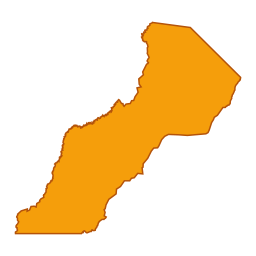 Feijó, Acre, Brazil
{"feature_id": "56859067B34777651635639", "entity_name": "Feijó", "entity_type": "district", "adm_level": 2, "iso_a3": "BRA", "parent_name": "Brazil", "parent_adm1": "Acre", "projection": "natural_earth1", "projection_center": [-71.035, -8.896], "detail": "fine", "context": "isolated", "style": "filled", "palette": "amber", "viewbox_px": 256, "rotation_deg": 0, "n_neighbors": 0, "source": "geoboundaries", "source_scale": "gbopen_adm2", "svg_char_len": 5742}
<svg xmlns="http://www.w3.org/2000/svg" viewBox="0 0 256 256"><path d="M240.6,77.4L190.3,27.5L152.7,22.5L152.4,22.4L152.0,23.0L150.0,23.8L149.8,24.0L149.9,25.2L149.5,25.6L148.0,26.3L147.3,27.1L147.9,28.2L147.1,28.5L146.8,30.1L145.2,30.0L144.8,30.3L145.4,32.1L143.8,32.1L143.7,32.5L144.0,33.3L143.8,33.8L142.8,34.3L142.6,34.6L142.3,34.5L142.2,33.8L142.0,33.6L141.7,33.8L141.8,34.4L142.9,35.4L142.3,35.6L142.1,35.9L142.7,36.4L142.7,36.9L141.6,37.2L142.3,38.6L142.8,39.0L142.7,39.4L142.8,39.8L142.6,40.0L143.1,40.8L143.4,40.7L144.0,41.5L144.4,41.5L144.9,41.9L146.0,41.5L146.6,41.9L146.5,43.0L147.5,44.5L147.7,45.7L148.0,46.5L147.9,46.9L147.3,47.7L147.5,52.1L147.2,53.3L149.1,57.3L148.9,57.9L148.2,58.7L147.1,60.9L147.5,61.8L148.4,62.5L148.3,62.8L147.9,63.6L147.3,63.7L146.5,64.4L142.7,72.0L143.4,74.8L138.8,78.9L139.2,84.2L141.1,86.9L137.0,87.9L138.1,92.3L135.0,96.8L133.7,100.5L131.6,100.7L130.3,103.5L126.0,104.1L124.1,106.3L123.3,105.3L122.9,103.6L121.5,103.5L119.5,100.2L118.7,99.6L118.2,100.1L117.9,100.9L117.7,100.8L117.1,101.3L117.0,101.7L117.2,102.1L116.5,102.0L115.5,103.1L115.8,103.8L115.6,104.4L115.4,104.6L115.3,103.8L115.0,103.9L115.0,104.2L114.8,104.1L114.3,104.4L114.1,104.8L114.4,105.8L114.3,106.2L113.3,106.6L113.3,107.1L112.9,107.2L112.8,107.7L112.5,107.7L112.2,108.3L111.9,108.4L111.5,107.7L111.3,107.8L111.8,108.7L111.6,109.4L112.0,110.3L111.9,110.7L111.2,110.6L111.0,110.9L111.4,111.3L111.3,111.7L110.7,111.0L110.3,110.9L109.9,112.2L109.4,111.8L109.1,111.9L108.9,112.2L109.0,112.5L107.8,113.0L107.6,113.3L107.7,113.8L108.0,114.1L107.9,114.5L107.7,114.7L107.2,114.3L106.3,114.6L106.1,114.3L105.8,114.4L105.8,114.8L106.3,115.2L106.3,115.6L106.0,115.9L106.0,116.2L105.8,115.6L105.1,115.1L104.6,115.3L104.1,116.5L103.9,116.3L104.0,115.5L103.6,115.4L103.0,116.1L102.6,116.1L102.4,115.5L101.7,116.8L101.9,117.1L101.2,116.7L100.3,117.2L100.3,118.1L99.9,118.0L99.2,118.6L98.3,117.7L98.0,117.7L97.3,118.8L97.3,120.0L97.0,119.9L96.6,119.3L96.3,119.4L95.9,119.9L95.5,119.9L94.4,120.6L94.5,121.0L94.1,120.8L93.8,122.6L93.1,122.0L92.8,122.6L93.0,123.3L92.6,124.0L92.3,124.0L91.7,123.2L91.4,123.2L91.2,123.6L90.9,123.4L90.6,123.6L90.4,123.5L90.7,122.6L90.3,122.8L89.8,123.6L89.3,122.8L88.6,123.1L88.6,122.7L88.3,122.8L88.3,123.5L88.0,123.3L87.9,123.5L87.7,124.2L87.0,124.9L86.6,124.0L86.4,125.0L86.2,125.1L85.9,125.2L85.9,124.8L85.1,125.1L85.4,125.6L84.7,125.7L84.7,125.3L84.2,125.2L84.3,125.5L83.9,126.2L83.6,126.3L83.3,126.0L83.0,126.6L82.6,126.6L82.6,127.2L82.3,127.5L81.1,127.9L81.2,126.9L80.7,126.9L80.4,127.3L80.0,126.2L79.2,126.1L78.7,126.5L78.2,126.3L78.0,126.8L77.7,126.9L77.1,125.9L77.0,126.2L76.0,125.4L75.7,125.8L75.4,125.6L75.1,125.9L74.9,125.2L73.9,125.4L73.7,126.1L73.3,126.1L73.0,126.6L72.7,126.7L72.6,127.7L72.4,127.8L71.8,127.4L71.7,127.7L71.3,128.1L71.4,128.5L71.2,128.7L70.8,128.5L70.6,128.9L70.0,128.8L69.8,129.2L69.0,129.2L69.0,129.7L68.4,130.7L68.5,131.0L68.2,131.9L67.7,131.6L67.4,131.7L67.4,132.4L66.2,132.7L65.2,134.3L65.3,134.6L65.7,134.7L65.5,136.0L65.2,135.8L64.9,136.4L64.2,136.8L64.6,137.3L64.3,137.9L64.2,138.7L63.7,138.8L63.7,139.9L63.4,140.2L63.4,140.7L63.2,141.1L63.3,141.5L63.0,142.3L63.5,143.4L63.5,143.7L63.8,143.9L63.4,144.4L63.4,144.8L62.8,144.8L62.4,145.3L62.3,145.7L62.7,146.0L62.8,146.9L62.5,146.7L62.4,147.0L62.7,147.2L62.7,148.0L62.6,148.8L61.9,149.1L62.7,150.1L62.4,150.2L61.0,151.6L61.2,152.5L61.6,152.6L61.4,153.1L61.7,153.7L61.4,154.0L61.1,155.3L61.9,155.8L61.5,156.3L60.6,156.6L60.8,156.9L60.7,157.3L60.5,157.5L60.3,157.0L60.0,156.9L59.9,157.6L59.6,157.6L59.7,157.8L59.7,158.7L59.4,158.8L59.0,160.8L58.9,160.6L58.5,160.6L58.3,160.8L58.4,161.4L57.5,161.6L57.2,161.9L57.1,162.6L56.6,162.8L56.0,162.8L55.6,163.4L55.3,163.3L54.7,164.0L55.0,164.2L55.1,164.6L55.4,164.7L55.1,166.3L54.5,166.9L54.6,167.1L54.0,167.4L53.5,169.1L53.6,169.5L53.4,170.7L53.0,170.8L52.4,171.9L52.7,172.0L52.5,173.0L52.3,173.1L52.5,173.4L52.3,173.7L52.9,174.6L53.1,176.1L52.7,177.3L53.1,178.1L52.5,178.8L52.4,179.9L51.9,180.2L51.9,180.7L51.1,180.6L50.8,181.0L50.9,181.8L50.3,182.1L50.1,182.8L48.4,184.0L47.8,184.0L47.4,184.4L47.3,185.5L46.6,186.2L47.2,187.7L47.1,188.1L46.1,188.5L46.0,188.9L46.3,189.7L45.9,191.0L46.1,191.9L45.6,192.8L45.1,193.1L44.6,194.3L44.4,194.6L43.8,194.7L43.5,195.4L43.8,197.4L41.0,198.8L39.7,200.4L39.8,201.7L36.8,203.5L36.1,207.0L34.2,206.2L31.0,206.5L29.6,210.0L27.1,211.2L27.3,209.0L21.2,210.9L17.7,214.1L17.9,214.3L17.8,214.8L17.5,215.5L16.8,216.4L16.7,217.1L17.3,217.8L17.5,218.5L17.5,220.2L18.7,221.8L17.4,224.2L16.6,224.9L16.5,225.4L16.0,226.0L16.1,227.3L16.5,227.7L17.1,227.8L17.1,229.1L17.5,230.1L16.9,231.1L15.5,232.0L15.4,232.8L15.5,233.6L81.5,233.6L82.6,232.1L83.1,232.6L83.3,232.4L83.5,231.3L83.9,231.0L84.6,230.9L86.4,232.7L87.2,232.8L90.2,231.5L91.2,231.5L91.6,230.8L91.7,230.1L92.2,229.9L92.7,230.4L93.8,230.6L95.2,230.3L95.6,228.5L96.6,227.6L97.1,225.9L97.6,225.7L98.4,222.8L98.8,222.5L99.1,221.6L102.0,219.4L104.0,219.4L104.3,218.8L105.5,218.2L106.2,217.0L104.2,215.9L105.1,212.4L104.1,209.7L105.2,208.7L106.0,204.9L108.8,199.3L116.1,193.9L116.5,189.1L120.5,186.5L124.4,180.8L129.7,180.8L131.4,178.3L134.3,177.7L137.7,173.4L142.8,173.9L142.1,167.8L143.0,167.2L143.2,163.7L147.7,158.3L151.3,151.1L153.7,148.1L157.6,147.8L158.8,146.0L161.7,139.6L164.7,136.3L168.5,134.4L178.9,134.8L187.4,135.4L205.9,133.8L208.0,132.6L209.1,130.3L211.6,122.6L213.4,119.7L214.3,117.3L217.4,115.3L222.9,107.5L225.4,107.4L226.0,106.4L226.9,106.2L227.2,105.5L228.0,105.2L229.0,105.1L229.4,104.2L230.1,103.8L230.4,100.8L231.7,98.5L231.6,96.9L232.0,96.5L232.4,94.7L233.2,93.8L233.7,92.4L234.0,92.0L234.4,90.6L234.9,90.1L234.9,87.9L235.3,86.3L236.1,84.9L237.7,83.0L237.8,82.4L240.0,80.2L240.2,79.8L240.0,79.4L240.3,79.3L240.6,77.9L240.6,77.4Z" fill="#f59e0b" stroke="#b45309" stroke-width="1.5"/></svg>